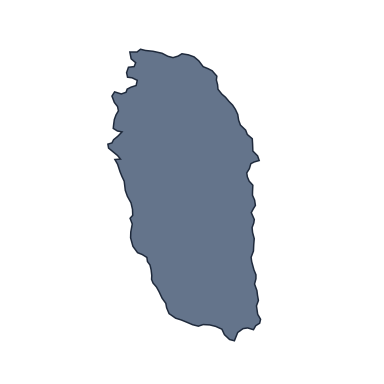 the district of Jambeiro, São Paulo, Brazil, rotated 122°
{"feature_id": "56859067B251239701216", "entity_name": "Jambeiro", "entity_type": "district", "adm_level": 2, "iso_a3": "BRA", "parent_name": "Brazil", "parent_adm1": "São Paulo", "projection": "equal_earth", "projection_center": [-45.713, -23.277], "detail": "fine", "context": "isolated", "style": "filled", "palette": "slate", "viewbox_px": 384, "rotation_deg": 122, "n_neighbors": 0, "source": "geoboundaries", "source_scale": "gbopen_adm2", "svg_char_len": 1903}
<svg xmlns="http://www.w3.org/2000/svg" viewBox="0 0 384 384"><g transform="rotate(122 192 192)"><path d="M178.1,130.8L173.3,131.1L169.8,131.1L165.7,134.6L162.7,139.0L159.2,141.1L154.0,144.0L152.5,149.3L149.9,153.0L146.8,155.7L141.9,155.7L136.8,157.1L133.6,155.2L129.7,151.7L126.6,155.5L125.0,162.1L119.4,165.9L114.9,169.1L113.9,175.6L111.1,179.3L109.6,186.4L106.4,190.5L102.0,194.3L99.0,198.9L96.8,203.6L95.6,208.7L93.9,213.8L93.2,218.5L91.1,224.4L87.4,227.2L84.1,230.7L80.6,232.3L78.5,239.1L78.9,243.7L79.8,249.0L77.2,255.7L76.3,261.8L77.6,267.8L80.1,273.8L84.1,275.8L88.1,279.3L89.7,284.4L90.2,290.9L93.3,299.6L96.7,306.6L98.2,311.3L102.4,312.8L106.2,318.9L111.3,314.2L112.2,308.3L116.3,307.5L119.9,312.0L125.5,310.7L128.8,307.5L126.9,303.3L126.3,297.6L131.3,295.8L135.4,299.3L139.1,301.5L142.4,300.8L146.3,303.9L148.1,310.7L153.1,310.7L157.2,305.3L159.0,300.4L162.2,297.4L166.8,297.3L171.6,296.3L176.3,294.2L179.8,292.5L179.8,287.6L178.1,283.2L183.8,284.4L189.2,286.2L192.8,285.9L196.0,288.7L199.0,286.0L200.5,274.5L202.0,270.1L205.3,274.6L207.9,269.8L213.0,263.7L215.9,259.7L218.8,255.2L226.0,249.4L229.9,244.5L233.5,238.0L238.2,233.3L243.2,229.9L247.1,230.6L250.8,225.7L258.4,222.7L263.4,219.8L269.4,213.3L272.3,206.0L271.4,201.1L271.4,195.6L274.6,192.9L276.2,188.9L279.7,185.4L284.2,181.8L287.5,180.0L289.9,176.7L291.4,171.8L294.0,167.1L297.9,161.1L300.3,155.2L303.6,152.2L307.3,147.0L307.7,139.0L306.2,133.3L305.2,127.4L304.2,121.1L302.4,115.5L298.5,112.3L295.3,106.5L293.4,100.6L292.5,93.9L295.8,88.9L297.2,82.0L295.7,77.2L291.3,78.0L286.9,78.8L280.8,76.3L277.8,72.8L276.2,66.9L271.6,67.1L267.4,65.1L263.6,66.4L260.9,71.5L254.4,77.0L248.8,78.2L244.9,81.7L241.2,84.7L236.9,90.2L231.7,91.8L228.3,93.9L225.3,98.1L219.4,104.5L216.0,107.3L209.5,108.6L204.2,111.6L198.6,114.5L194.2,119.2L190.3,122.2L185.5,123.2L182.3,124.6L178.1,130.8Z" fill="#64748b" stroke="#1e293b" stroke-width="1.5"/></g></svg>